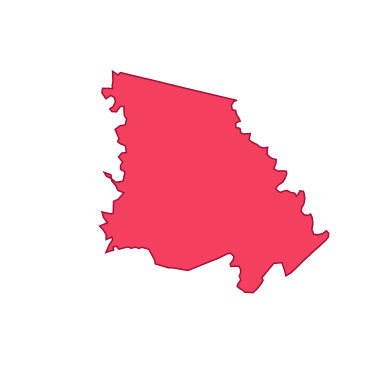 outline of Santo Cristo, Rio Grande do Sul, Brazil, rotated 217°
{"feature_id": "56859067B84968133223300", "entity_name": "Santo Cristo", "entity_type": "district", "adm_level": 2, "iso_a3": "BRA", "parent_name": "Brazil", "parent_adm1": "Rio Grande do Sul", "projection": "albers", "projection_center": [-54.717, -27.788], "detail": "fine", "context": "isolated", "style": "filled", "palette": "rose", "viewbox_px": 384, "rotation_deg": 217, "n_neighbors": 0, "source": "geoboundaries", "source_scale": "gbopen_adm2", "svg_char_len": 2431}
<svg xmlns="http://www.w3.org/2000/svg" viewBox="0 0 384 384"><g transform="rotate(217 192 192)"><path d="M89.6,143.7L82.6,148.4L81.8,153.2L81.6,156.9L81.6,160.8L82.1,164.2L84.6,165.7L84.3,172.7L83.8,184.2L77.6,189.7L73.3,186.7L70.1,184.6L66.6,181.5L64.4,186.7L63.2,193.3L61.8,203.3L59.0,219.0L57.7,224.9L56.8,230.5L56.2,233.7L55.9,237.9L58.0,241.3L61.3,241.9L62.7,237.3L65.7,233.7L69.4,231.5L73.7,234.2L76.1,238.9L78.3,241.6L81.0,244.1L84.0,245.8L85.2,243.3L88.5,241.3L92.9,242.1L94.9,245.2L95.5,249.8L97.4,253.7L99.2,256.0L101.2,257.9L103.4,259.6L106.6,257.8L105.9,254.7L106.3,251.5L109.2,252.9L113.0,251.0L117.0,250.5L118.9,248.4L121.2,244.9L123.9,244.5L127.2,245.0L127.3,249.3L125.4,254.7L125.9,258.9L127.3,263.4L129.1,265.5L132.4,263.4L136.0,260.4L140.8,259.7L142.0,265.0L144.3,268.6L147.5,267.2L150.8,266.7L154.6,267.3L156.8,270.1L158.5,273.3L161.2,270.2L164.8,268.9L168.7,269.0L174.9,267.8L177.9,268.2L180.6,273.8L185.9,269.2L188.5,268.6L192.0,271.7L195.8,270.0L198.7,273.6L196.1,277.6L198.5,279.0L203.2,280.7L206.3,283.5L209.2,281.8L212.8,285.2L213.2,289.7L211.1,292.2L252.2,274.2L262.9,269.5L279.2,262.5L291.6,257.2L300.3,253.3L321.1,244.3L321.4,241.0L328.1,240.6L322.0,233.3L319.8,229.0L317.7,226.7L321.4,224.3L325.8,221.0L323.8,217.1L316.9,214.6L314.8,220.3L311.0,220.7L307.4,217.9L306.4,212.6L307.8,208.9L304.4,208.0L300.6,210.6L300.7,217.2L297.9,219.3L294.7,215.4L292.0,212.3L288.2,211.0L285.7,205.3L289.3,201.7L291.1,195.7L282.5,190.8L281.7,187.4L278.3,187.4L273.2,188.8L270.2,186.0L268.1,184.0L271.5,180.9L271.8,175.8L265.5,174.2L265.0,170.1L262.7,167.1L257.6,167.7L253.6,159.1L258.8,153.9L264.5,154.2L262.6,152.5L256.5,151.1L252.3,148.7L246.0,150.3L246.5,141.9L249.0,137.3L242.1,127.5L244.1,125.5L252.0,121.8L249.7,120.4L247.4,118.4L241.0,116.5L245.3,109.2L240.1,108.3L234.9,106.3L232.0,102.2L228.9,107.8L226.6,105.8L226.4,100.4L224.3,91.8L222.7,94.6L219.6,98.2L221.8,100.6L219.5,103.3L216.1,102.2L213.8,105.0L212.1,107.2L210.1,109.6L206.8,110.4L203.8,114.2L200.5,114.8L198.9,117.6L195.8,118.9L192.0,120.3L181.1,115.3L178.1,112.5L165.2,117.3L161.7,119.9L148.0,126.9L140.6,139.3L131.4,154.4L126.4,164.3L124.0,166.4L119.6,165.7L118.2,162.0L118.2,157.5L116.2,155.9L113.0,158.6L109.7,160.9L106.4,159.3L104.6,156.7L103.6,153.3L100.1,151.0L100.1,146.6L99.0,143.7L95.2,143.7L92.1,144.1L89.6,143.7ZM264.5,154.2L267.1,157.0L274.0,154.8L269.8,153.1L264.5,154.2Z" fill="#f43f5e" stroke="#9f1239" stroke-width="1.5"/></g></svg>